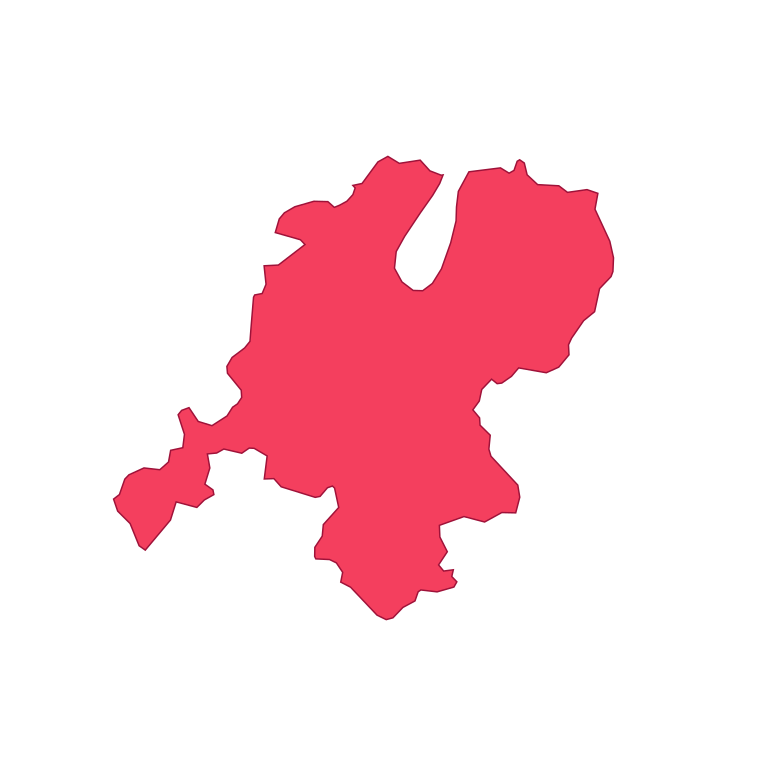 the Administrative County of Staffordshire, rotated 43°
{"feature_id": "GBR-2777", "entity_name": "Staffordshire", "entity_type": "Administrative County", "adm_level": 1, "iso_a3": "GBR", "parent_name": "United Kingdom", "parent_adm1": "", "projection": "orthographic", "projection_center": [-2.054, 52.818], "detail": "fine", "context": "isolated", "style": "filled", "palette": "rose", "viewbox_px": 768, "rotation_deg": 43, "n_neighbors": 0, "source": "natural_earth", "source_scale": "10m", "svg_char_len": 2221}
<svg xmlns="http://www.w3.org/2000/svg" viewBox="0 0 768 768"><g transform="rotate(43 384 384)"><path d="M248.9,434.2L229.4,409.5L228.7,407.1L233.2,400.9L229.7,391.5L217.5,380.9L215.7,379.3L225.6,369.1L231.1,335.9L224.5,335.5L201.2,347.4L194.8,334.7L194.4,326.7L197.9,315.2L208.1,298.2L218.6,288.9L227.2,288.7L229.5,283.7L232.2,275.7L232.1,266.7L229.2,260.3L225.8,260.0L231.2,252.3L228.1,225.7L231.6,214.9L244.7,212.2L257.8,195.6L272.2,196.8L283.4,192.3L284.6,190.8L288.0,199.4L290.9,212.7L293.8,233.8L298.4,261.9L302.6,278.8L312.7,292.2L327.5,297.1L341.5,295.7L348.7,289.4L350.8,277.4L347.5,260.6L336.5,235.3L325.5,215.6L316.3,205.1L307.0,192.4L301.4,170.9L321.8,146.5L331.7,144.5L333.4,139.1L329.5,130.3L330.3,127.5L335.9,126.7L346.0,133.4L360.4,133.4L376.7,119.8L387.5,118.7L399.9,103.4L410.4,98.7L419.1,112.3L451.8,125.6L465.8,135.2L474.7,145.6L476.8,150.6L476.6,167.2L488.7,187.5L486.8,201.5L489.9,222.5L492.2,229.5L499.4,236.5L500.3,252.5L495.0,265.1L471.5,280.4L472.0,291.4L469.5,303.0L466.5,306.6L459.4,307.1L459.2,321.3L465.3,331.5L466.6,342.3L477.0,343.6L482.3,348.6L496.6,349.0L505.1,360.1L511.5,363.9L550.8,366.7L560.5,374.2L568.2,388.4L557.8,397.7L551.7,416.3L532.9,426.4L520.9,449.6L529.2,457.8L544.7,463.5L547.3,479.1L555.2,480.1L561.4,472.6L564.9,478.6L572.2,479.0L573.6,484.8L564.6,499.8L551.4,509.5L550.7,512.7L554.6,521.5L550.2,534.5L550.0,548.9L546.3,554.8L536.6,557.8L498.1,555.4L487.5,558.4L482.2,549.9L471.2,547.3L463.9,549.5L453.4,558.4L450.9,557.4L444.8,550.6L442.6,537.4L435.5,528.2L435.1,505.2L418.8,493.8L415.9,493.8L413.4,498.4L413.9,509.8L411.0,513.8L378.9,529.3L368.0,528.3L361.2,535.1L347.6,516.3L332.9,519.6L329.1,522.8L327.2,531.6L311.2,540.8L308.7,548.6L302.5,555.6L313.9,564.2L321.3,579.4L331.1,578.1L335.0,580.9L331.7,591.3L331.3,601.9L312.4,612.0L320.6,629.1L322.7,668.3L315.2,669.3L293.5,659.2L275.9,658.6L264.7,652.6L265.9,645.3L259.3,630.3L259.4,624.3L265.7,609.1L278.5,599.6L279.6,588.0L273.2,578.0L280.3,567.8L272.4,556.9L254.4,546.9L254.0,541.3L257.5,534.3L273.7,538.1L286.6,531.8L291.0,514.4L289.1,504.2L290.4,498.4L289.1,490.9L283.8,485.9L262.2,482.9L257.1,478.3L254.8,468.2L257.5,452.7L256.9,444.2L248.9,434.2Z" fill="#f43f5e" stroke="#9f1239" stroke-width="1.5"/></g></svg>